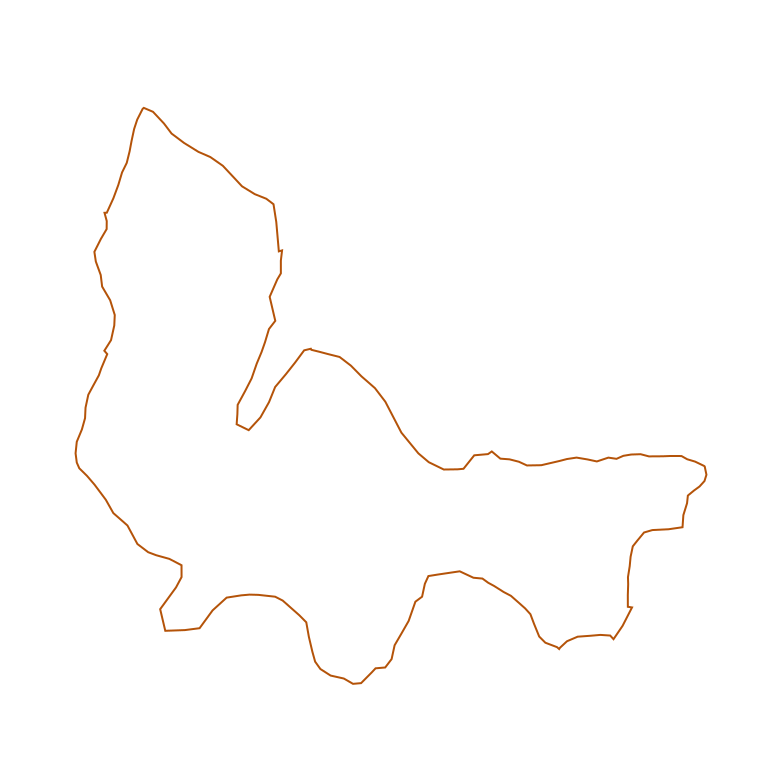 outline of Tovuz District, Tovuz, Azerbaijan, rotated 265°
{"feature_id": "54616110B84187356839814", "entity_name": "Tovuz District", "entity_type": "district", "adm_level": 2, "iso_a3": "AZE", "parent_name": "Azerbaijan", "parent_adm1": "Tovuz", "projection": "natural_earth1", "projection_center": [45.767, 40.907], "detail": "fine", "context": "isolated", "style": "outline", "palette": "amber", "viewbox_px": 768, "rotation_deg": 265, "n_neighbors": 0, "source": "geoboundaries", "source_scale": "gbopen_adm2", "svg_char_len": 2607}
<svg xmlns="http://www.w3.org/2000/svg" viewBox="0 0 768 768"><g transform="rotate(265 384 384)"><path d="M578.9,120.5L570.5,122.0L562.5,121.2L553.2,114.6L540.9,107.0L531.1,107.6L517.3,111.3L505.6,111.7L491.3,118.5L476.2,121.8L465.8,120.4L451.5,115.9L441.5,108.3L437.9,110.9L424.2,103.7L417.5,100.7L407.6,94.1L399.1,88.5L386.4,84.6L376.0,83.2L365.1,79.1L353.2,72.9L341.8,70.7L339.7,70.8L332.5,71.1L326.6,73.1L318.4,80.1L308.9,86.9L292.9,96.8L279.0,103.1L265.4,116.1L246.1,124.4L237.0,134.4L233.3,142.1L228.5,154.9L221.1,166.5L209.3,165.5L199.5,159.1L179.2,141.4L157.2,144.6L156.2,164.2L156.8,179.0L173.4,193.5L184.9,208.6L185.9,223.4L185.9,231.7L184.9,240.4L181.6,257.0L177.1,264.2L161.2,279.3L153.4,285.8L138.8,287.1L123.6,289.3L113.4,291.2L105.6,295.8L98.2,305.4L94.1,318.3L88.0,327.0L88.0,333.5L88.0,335.1L97.8,346.7L101.5,350.8L101.5,360.5L109.3,367.6L122.8,371.8L133.7,379.5L145.8,387.9L164.4,396.3L168.8,403.4L181.4,407.3L188.8,411.5L189.5,421.2L190.8,443.1L183.2,456.2L181.6,465.1L176.9,470.5L173.2,476.1L166.4,485.0L161.9,492.0L155.6,498.0L148.2,505.0L141.9,509.8L132.2,512.5L118.9,516.6L112.2,522.2L106.8,533.4L104.7,535.4L105.9,536.3L111.8,543.9L115.4,554.9L115.2,567.7L115.2,577.7L113.7,587.4L109.8,590.4L122.3,600.6L139.8,611.6L140.8,607.5L152.5,608.5L163.3,609.8L170.3,610.2L181.1,612.9L190.4,614.6L200.6,617.7L206.0,622.8L213.4,630.1L215.1,638.6L214.5,654.8L215.3,668.9L227.3,670.8L238.8,675.5L246.4,677.0L250.9,683.6L254.4,689.4L259.4,694.8L265.5,697.3L273.9,696.3L274.5,695.7L279.6,687.1L282.6,679.5L286.3,674.1L287.3,663.5L287.7,655.4L288.8,641.6L291.7,633.5L292.2,624.1L291.6,616.2L289.2,609.1L291.1,601.1L288.3,589.3L291.1,580.2L293.9,569.4L293.3,559.7L292.0,552.0L289.4,533.6L290.4,519.3L294.8,511.6L298.0,502.5L299.5,493.4L307.4,485.5L305.1,481.5L305.1,467.7L292.6,455.8L292.6,449.8L293.6,436.1L302.2,421.8L311.9,412.2L334.0,397.1L366.2,383.8L380.7,374.6L393.6,362.2L405.2,352.6L414.8,342.1L418.6,331.1L421.7,322.5L424.4,314.6L425.5,314.2L424.5,307.4L413.1,297.3L402.4,287.2L390.5,275.3L376.0,267.9L361.5,258.0L349.8,245.2L356.7,233.7L366.7,235.3L376.0,236.4L389.0,245.0L401.1,252.6L415.4,259.0L426.5,264.8L436.0,269.1L448.8,274.2L456.4,281.2L480.8,277.7L497.5,286.8L503.2,290.9L515.9,292.0L526.0,294.1L525.3,290.8L541.0,290.8L554.8,290.8L572.7,289.6L578.8,282.9L584.4,271.8L593.3,259.8L615.4,242.5L625.2,230.8L631.4,219.4L641.5,205.9L652.0,194.2L662.7,187.5L675.3,177.6L680.0,168.8L679.2,167.6L668.9,161.2L659.8,157.3L648.1,153.7L638.1,150.9L626.7,147.0L617.6,141.5L605.5,136.7L592.6,130.6L578.8,122.8L578.8,122.6L578.9,120.5Z" fill="none" stroke="#b45309" stroke-width="2"/></g></svg>